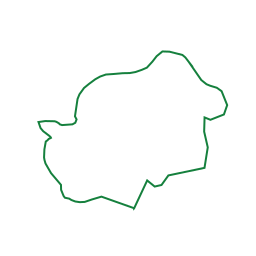 the border of Flevoland, rotated 201°
{"feature_id": "NLD-902", "entity_name": "Flevoland", "entity_type": "Province", "adm_level": 1, "iso_a3": "NLD", "parent_name": "Netherlands", "parent_adm1": "", "projection": "albers", "projection_center": [5.642, 52.551], "detail": "fine", "context": "isolated", "style": "outline", "palette": "green", "viewbox_px": 256, "rotation_deg": 201, "n_neighbors": 0, "source": "natural_earth", "source_scale": "10m", "svg_char_len": 1058}
<svg xmlns="http://www.w3.org/2000/svg" viewBox="0 0 256 256"><g transform="rotate(201 128 128)"><path d="M161.9,40.3L163.7,41.4L168.3,46.3L170.2,50.9L183.7,58.3L192.3,65.3L194.5,68.2L195.8,70.4L198.4,78.1L199.9,85.9L198.8,87.6L198.1,89.4L196.8,90.7L196.4,91.2L196.9,91.7L198.5,92.4L206.0,94.6L209.6,96.6L213.7,101.5L207.8,104.8L198.9,108.0L197.1,108.1L194.1,107.6L193.1,107.0L190.6,107.1L181.2,111.5L179.1,114.0L179.1,117.6L181.7,119.9L185.5,137.0L185.4,142.0L183.4,149.6L180.2,155.2L176.0,161.8L172.4,166.1L167.8,170.0L160.7,173.3L152.5,177.3L146.1,179.9L141.1,182.9L136.0,187.2L132.0,191.1L129.0,198.7L127.0,205.3L123.3,211.8L116.7,214.1L103.4,215.7L100.2,214.6L99.7,214.4L92.2,209.8L92.5,209.8L76.7,199.0L70.4,197.0L66.4,196.9L59.5,197.4L53.8,195.9L43.6,184.9L43.3,175.0L54.0,165.2L60.3,165.3L55.6,151.9L46.6,138.5L42.3,118.2L73.3,98.2L76.3,86.8L82.1,82.9L91.3,85.9L93.5,55.3L93.6,55.0L93.8,55.3L128.2,54.4L136.0,48.4L141.9,43.5L146.4,41.5L150.9,40.5L155.1,40.5L157.6,41.0L158.1,40.9L161.9,40.3Z" fill="none" stroke="#15803d" stroke-width="2"/></g></svg>